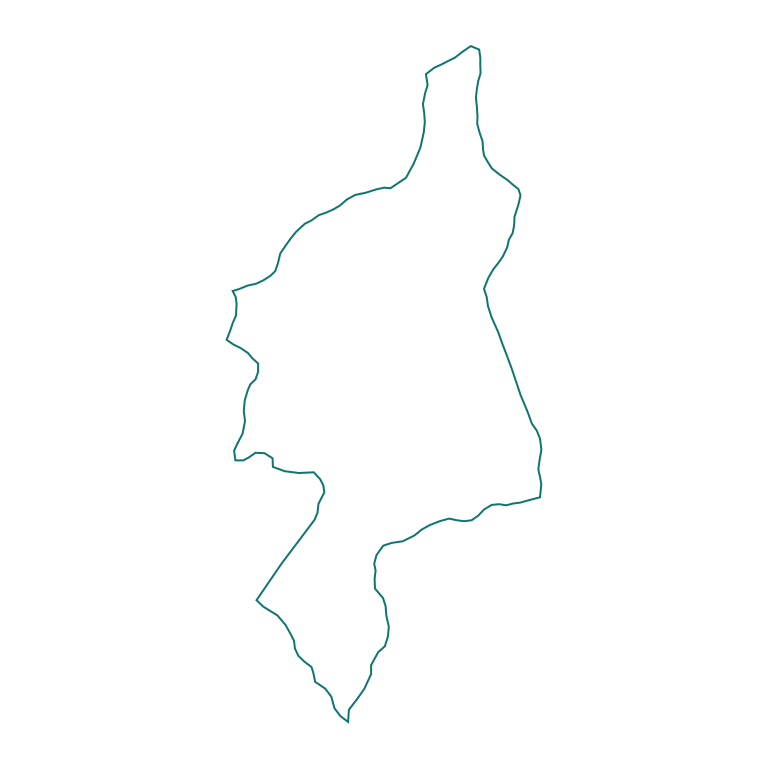 the district of Mirassol, São Paulo, Brazil
{"feature_id": "56859067B42503050812047", "entity_name": "Mirassol", "entity_type": "district", "adm_level": 2, "iso_a3": "BRA", "parent_name": "Brazil", "parent_adm1": "São Paulo", "projection": "orthographic", "projection_center": [-49.504, -20.829], "detail": "fine", "context": "isolated", "style": "outline", "palette": "teal", "viewbox_px": 768, "rotation_deg": 0, "n_neighbors": 0, "source": "geoboundaries", "source_scale": "gbopen_adm2", "svg_char_len": 2403}
<svg xmlns="http://www.w3.org/2000/svg" viewBox="0 0 768 768"><path d="M528.8,500.2L540.0,497.3L541.3,484.2L540.0,476.7L538.3,469.4L539.6,460.0L541.4,449.6L540.0,438.7L536.9,430.8L531.9,423.7L527.8,412.4L524.5,404.4L520.7,395.4L511.7,368.6L506.9,355.6L502.6,344.5L498.4,332.6L494.8,324.5L491.7,317.6L488.0,306.2L486.7,297.1L484.0,288.8L488.3,277.9L493.4,269.2L498.5,262.7L502.9,256.3L507.2,247.3L508.9,239.7L512.6,233.2L514.1,225.6L514.5,216.8L518.4,204.6L520.5,195.3L518.4,189.1L513.0,184.8L507.6,180.1L499.6,174.6L491.8,168.4L487.6,161.7L484.1,155.7L483.0,149.3L482.6,141.4L479.6,132.7L477.2,123.8L477.5,116.9L476.9,107.0L475.9,97.6L476.9,89.0L478.2,81.1L480.6,73.1L480.3,66.2L480.3,57.9L479.2,49.6L470.8,46.1L462.0,52.1L455.0,57.6L447.5,61.3L440.8,64.8L434.1,67.8L425.9,74.2L427.6,85.1L425.2,92.9L422.9,104.2L424.2,112.9L424.8,122.5L423.8,132.1L422.1,140.0L420.5,147.1L417.9,153.6L413.6,163.8L410.0,170.4L406.0,177.8L400.0,181.8L390.5,188.2L384.0,187.7L376.3,189.4L365.5,192.8L355.2,194.9L346.9,199.5L339.7,205.7L333.3,209.4L326.2,212.6L318.9,215.1L310.7,220.9L304.9,223.7L296.1,231.8L290.0,239.4L285.3,246.1L280.3,253.4L277.9,263.4L275.2,271.2L270.4,275.8L263.5,280.2L256.2,283.7L247.5,285.6L238.7,289.2L232.7,291.0L235.7,297.1L236.6,303.7L236.0,315.5L232.7,323.1L229.9,331.5L226.6,339.8L233.4,344.5L240.7,348.1L248.0,353.1L252.3,358.2L258.1,363.5L258.1,371.8L255.6,379.2L250.2,384.5L247.6,390.7L244.8,400.1L243.8,411.0L245.0,421.1L242.6,433.6L237.1,444.2L234.1,450.7L235.4,460.4L243.3,460.4L248.9,457.4L255.4,452.8L264.5,453.2L272.6,458.3L272.9,466.9L284.7,471.2L298.7,473.0L313.8,472.3L320.1,479.1L323.3,485.3L324.3,492.5L318.5,503.7L317.5,512.7L314.7,519.6L281.7,563.4L256.5,600.2L263.2,606.6L270.9,611.4L277.4,615.4L285.4,624.8L290.5,633.8L294.0,640.7L294.9,648.3L298.3,655.8L304.8,662.0L311.5,667.0L313.4,673.2L315.1,681.8L325.3,688.7L331.3,696.7L334.5,708.3L340.4,716.1L348.1,721.9L348.9,709.7L357.6,698.4L364.4,688.7L367.5,681.9L371.1,674.2L371.1,665.2L374.6,658.7L378.2,652.2L384.9,646.2L388.0,636.3L388.8,626.6L386.3,615.4L385.6,606.1L383.0,598.0L375.0,588.6L374.6,578.9L375.6,570.6L374.2,563.7L376.5,555.1L383.2,545.7L391.7,542.9L402.6,541.3L414.4,535.5L421.8,529.5L429.9,525.0L440.3,521.0L449.1,518.6L457.2,520.3L464.0,521.2L471.5,520.3L478.2,515.7L484.0,509.5L491.7,504.9L499.1,504.2L506.2,505.3L513.2,503.5L520.3,502.6L528.8,500.2Z" fill="none" stroke="#0f766e" stroke-width="2"/></svg>